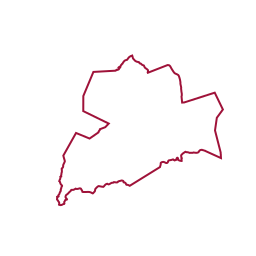 San Lucas, El Paraíso, Honduras, rotated 156°
{"feature_id": "27666195B72821364591060", "entity_name": "San Lucas", "entity_type": "district", "adm_level": 2, "iso_a3": "HND", "parent_name": "Honduras", "parent_adm1": "El Paraíso", "projection": "natural_earth1", "projection_center": [-86.925, 13.744], "detail": "fine", "context": "isolated", "style": "outline", "palette": "rose", "viewbox_px": 256, "rotation_deg": 156, "n_neighbors": 0, "source": "geoboundaries", "source_scale": "gbopen_adm2", "svg_char_len": 5418}
<svg xmlns="http://www.w3.org/2000/svg" viewBox="0 0 256 256"><g transform="rotate(156 128 128)"><path d="M55.3,62.7L54.4,65.1L54.1,65.7L53.9,66.5L53.3,68.0L49.5,90.4L42.7,101.2L33.8,106.3L34.4,125.0L66.3,128.5L68.2,129.2L66.3,135.0L65.8,135.6L65.5,136.1L64.9,137.5L64.4,139.5L63.9,141.0L63.5,142.3L62.9,143.5L62.2,146.8L62.1,147.2L61.7,148.0L61.3,149.2L60.8,151.3L60.5,153.5L60.4,155.0L60.5,155.7L60.6,156.0L60.9,156.4L61.2,156.9L62.9,158.8L63.1,159.3L63.3,159.7L63.6,161.1L64.0,163.7L64.2,165.5L64.3,167.1L64.5,167.7L64.8,168.4L65.1,168.7L65.7,169.1L66.3,169.4L87.4,170.4L87.4,170.6L87.4,170.8L87.1,171.1L86.5,172.0L86.3,172.4L86.3,172.8L86.3,173.0L86.9,174.3L87.7,175.6L87.9,176.0L88.0,176.5L88.1,177.1L88.1,177.6L88.1,178.2L88.1,178.6L88.2,178.8L88.9,179.4L89.3,179.8L89.7,180.6L90.0,181.4L90.3,181.8L90.7,182.0L90.9,182.2L91.1,182.5L91.1,183.4L91.2,183.6L91.6,184.0L92.5,184.6L93.1,185.1L93.6,185.7L94.1,186.4L94.4,187.2L94.7,188.2L95.0,189.0L95.1,189.5L95.1,189.8L95.0,190.5L94.9,191.0L94.8,191.5L94.7,192.4L94.7,192.5L94.8,192.5L95.1,192.4L95.8,192.5L96.2,192.6L98.1,192.3L98.4,192.1L99.0,191.9L101.0,190.7L102.8,190.9L103.4,190.9L103.9,190.8L105.7,189.9L106.5,189.3L106.9,189.0L107.1,189.0L107.3,189.0L108.3,188.4L108.8,188.3L109.1,188.1L109.6,187.6L110.2,186.8L110.6,186.4L110.9,186.4L111.0,186.6L111.0,186.8L110.9,187.0L110.9,187.3L111.4,187.3L111.8,187.2L112.1,187.0L112.3,186.9L112.3,186.6L112.3,186.4L112.2,186.0L112.2,185.7L112.3,185.5L112.5,185.4L113.0,185.3L113.4,185.4L113.9,185.4L114.4,185.5L114.5,185.5L114.7,185.8L115.0,185.8L116.0,185.4L136.8,193.3L155.8,175.4L162.0,161.6L143.8,139.9L148.4,138.0L154.2,138.3L154.4,138.0L154.6,137.6L154.9,137.4L155.5,137.2L156.2,136.7L156.7,136.3L156.8,136.0L167.4,134.0L177.5,144.6L198.3,129.1L198.6,127.5L199.1,123.8L199.3,123.2L200.0,122.5L202.1,120.7L202.5,120.1L202.9,119.2L203.4,118.6L203.6,118.4L204.8,118.0L205.1,117.8L205.3,117.5L205.3,117.0L205.6,116.4L205.9,115.6L206.2,115.0L206.4,114.6L206.9,114.1L207.3,113.5L208.0,112.3L208.4,111.9L208.6,111.5L208.6,111.1L208.7,110.9L208.8,110.9L209.1,110.9L209.3,111.0L209.5,111.0L209.5,110.9L209.6,110.6L209.7,110.4L210.0,110.1L210.8,108.9L211.2,108.6L211.6,108.3L211.9,108.0L212.1,107.8L212.3,107.5L212.4,107.4L212.2,107.1L212.1,106.4L212.1,106.2L212.3,105.7L212.2,105.0L212.3,104.4L212.3,104.1L212.2,103.6L211.9,103.0L211.8,102.6L211.7,102.2L211.8,101.9L212.1,101.6L212.8,101.1L213.2,100.6L213.5,100.1L214.1,99.6L214.4,99.2L214.5,99.1L214.5,98.8L214.5,98.7L214.8,98.5L215.1,98.0L215.4,97.5L215.7,97.3L216.1,97.2L216.5,96.8L217.6,95.6L217.9,95.4L219.1,94.8L219.2,94.5L219.2,94.3L219.2,94.0L219.3,93.9L219.3,93.7L219.5,93.6L219.9,93.7L220.7,94.0L220.8,94.0L220.9,93.8L221.0,93.3L221.1,92.9L221.8,91.9L221.9,91.6L221.9,91.4L221.8,91.2L221.5,90.3L221.5,89.6L221.3,88.6L221.2,88.1L221.3,87.6L221.5,87.0L221.9,86.4L222.2,86.1L222.2,85.9L221.0,85.0L220.3,84.8L219.8,84.7L218.4,84.8L217.8,84.8L217.4,84.6L217.2,84.6L216.8,84.9L216.6,85.7L216.4,86.3L215.4,87.0L214.6,87.7L214.4,87.8L214.0,87.8L213.8,87.7L213.5,87.5L213.2,87.5L212.9,87.5L212.7,87.7L212.8,88.1L213.2,89.6L213.2,90.0L213.2,90.3L213.0,90.7L212.6,91.2L212.3,91.5L211.8,91.9L211.3,92.0L209.7,92.4L207.9,93.2L207.0,93.5L206.2,93.7L205.0,94.5L204.9,94.5L204.5,94.3L204.0,94.1L203.3,93.8L202.7,93.7L202.3,93.7L201.1,93.8L200.5,93.9L200.4,93.8L200.2,93.5L199.9,93.3L199.0,92.9L198.1,92.7L196.9,92.6L196.0,92.1L195.8,91.9L195.7,91.7L195.6,90.3L195.4,89.7L195.4,89.4L195.6,88.4L195.6,88.2L195.0,87.8L189.8,85.5L189.2,85.2L188.0,84.1L187.1,82.9L186.8,82.6L186.7,82.6L186.4,82.6L186.1,82.8L184.4,83.5L184.1,83.7L183.7,84.0L183.3,84.7L182.8,85.4L182.6,85.6L181.7,86.0L180.5,86.5L179.4,86.8L178.8,86.9L178.6,86.9L178.3,86.8L176.0,85.2L174.5,84.3L174.2,84.4L173.7,84.5L172.6,85.1L171.5,85.5L170.8,85.6L170.2,85.6L169.8,85.5L169.5,85.4L169.3,85.0L169.0,84.7L168.7,84.4L168.1,84.3L167.6,84.3L166.3,84.5L165.3,84.5L164.9,84.5L164.5,84.3L163.9,84.1L163.4,84.1L163.0,84.3L162.9,84.3L160.8,83.0L160.5,82.9L159.9,82.7L159.7,82.7L159.3,82.8L159.1,83.0L158.8,83.1L157.8,83.1L157.3,83.0L156.3,82.8L155.5,82.7L155.1,82.6L154.9,82.5L154.3,82.0L154.0,81.7L153.9,81.5L153.9,81.4L153.9,81.2L154.1,80.3L154.1,80.2L153.8,79.9L153.6,79.8L153.4,79.8L152.7,78.9L152.6,78.2L152.6,77.2L152.5,76.8L152.4,76.7L152.1,76.6L151.7,76.4L151.2,76.0L150.9,75.7L150.2,74.9L149.9,74.5L114.7,79.3L114.4,79.7L113.6,80.6L113.1,81.2L113.0,81.4L112.7,82.0L112.4,82.6L112.2,82.8L111.4,83.0L110.9,83.0L110.4,82.9L109.9,82.8L109.4,82.6L109.0,82.3L108.6,81.9L107.4,80.5L107.1,80.4L106.7,80.2L106.2,80.3L105.7,80.4L105.3,80.8L104.8,81.3L104.5,81.6L104.2,81.7L103.9,81.8L103.5,81.7L101.5,81.2L99.7,81.0L99.4,80.8L99.2,80.3L99.1,80.0L98.7,79.8L98.5,79.4L98.3,79.4L97.9,79.4L97.4,79.5L97.2,79.5L96.9,79.3L96.6,79.4L96.4,79.5L96.2,80.1L96.0,80.4L95.5,80.7L95.2,80.8L94.9,80.7L94.7,80.3L94.7,80.1L94.7,79.8L95.2,79.4L95.4,79.2L95.2,78.6L94.6,77.8L94.2,77.3L93.5,76.8L92.7,76.2L92.4,76.1L92.2,76.5L91.6,78.3L91.2,78.4L91.1,78.6L91.1,79.0L91.2,79.3L91.2,79.5L90.7,81.1L90.5,81.4L90.1,81.7L88.3,82.4L85.6,82.9L85.2,82.9L84.8,82.4L84.6,82.2L84.3,82.1L83.7,81.8L82.7,81.1L82.0,80.4L81.8,80.2L80.9,79.9L79.2,79.1L78.9,79.0L78.5,79.0L78.2,79.0L76.0,77.7L75.0,77.3L74.3,77.2L73.9,77.2L73.5,77.2L73.2,77.4L72.7,77.8L72.0,78.1L71.5,78.3L71.2,78.4L70.8,78.4L70.3,78.3L69.8,78.2L69.4,78.0L69.4,77.9L67.9,76.8L67.7,76.6L67.4,76.2L66.9,75.9L66.7,75.7L66.3,75.1L55.3,62.7Z" fill="none" stroke="#9f1239" stroke-width="2"/></g></svg>